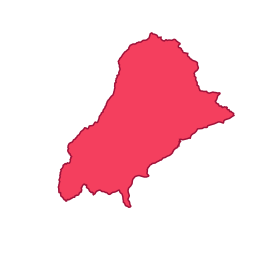 the district of Chiang Klang, Nan, Thailand, rotated 140°
{"feature_id": "78962969B24859706501425", "entity_name": "Chiang Klang", "entity_type": "district", "adm_level": 2, "iso_a3": "THA", "parent_name": "Thailand", "parent_adm1": "Nan", "projection": "albers", "projection_center": [100.906, 19.299], "detail": "fine", "context": "isolated", "style": "filled", "palette": "rose", "viewbox_px": 256, "rotation_deg": 140, "n_neighbors": 0, "source": "geoboundaries", "source_scale": "gbopen_adm2", "svg_char_len": 5745}
<svg xmlns="http://www.w3.org/2000/svg" viewBox="0 0 256 256"><g transform="rotate(140 128 128)"><path d="M197.4,99.1L195.4,98.9L194.2,99.5L192.1,99.6L190.0,98.9L189.2,98.1L188.8,96.1L187.2,94.6L186.7,93.1L185.8,92.2L185.5,89.9L185.0,89.2L184.3,88.8L181.2,88.6L179.2,87.4L177.3,86.8L175.4,86.5L174.7,86.1L174.7,85.5L175.2,84.7L175.4,83.6L175.4,83.0L175.1,81.9L175.1,81.1L176.1,78.7L177.6,76.6L178.1,75.5L179.2,74.2L179.0,72.7L179.7,70.4L179.6,69.7L178.7,68.2L178.4,66.9L178.1,66.6L177.1,66.1L176.2,66.2L176.0,66.5L175.7,68.2L174.6,70.0L174.3,70.8L174.2,72.6L173.8,73.5L170.9,75.0L170.4,75.5L169.1,78.7L168.0,80.3L166.1,81.6L163.2,81.9L160.8,82.7L158.5,84.8L157.3,85.6L154.1,86.2L153.1,86.0L151.2,85.2L150.0,84.4L147.1,80.1L145.5,78.7L143.4,77.9L142.9,78.0L142.7,78.3L142.8,80.7L142.3,81.3L140.7,82.7L140.1,83.8L139.2,84.1L138.6,84.7L137.7,84.7L137.0,85.0L136.2,85.0L135.1,85.5L133.1,85.1L132.3,85.3L129.7,83.7L127.7,83.5L125.5,82.9L124.3,82.8L123.0,82.1L120.4,82.5L118.4,81.5L116.1,81.2L114.0,80.4L112.4,80.2L109.8,80.4L109.4,80.9L108.7,81.0L108.5,81.3L107.9,81.3L107.3,81.7L106.7,81.7L106.4,81.9L105.8,81.7L104.6,82.0L103.6,81.4L103.0,81.4L101.8,82.0L101.7,81.7L101.4,81.9L101.0,82.1L100.6,81.8L100.6,82.2L99.8,82.3L99.5,82.6L99.6,82.9L98.9,83.0L98.1,83.8L97.8,83.6L97.5,83.9L97.0,83.8L96.3,84.0L96.4,84.5L97.0,84.9L95.8,85.4L95.7,86.0L94.7,85.3L93.9,84.1L93.3,83.6L89.5,81.7L88.0,81.2L87.8,80.9L87.3,80.9L86.8,80.2L85.3,81.3L84.2,81.7L84.0,81.9L81.6,81.8L80.2,81.4L77.6,81.7L75.6,82.5L75.1,82.5L71.4,79.9L69.5,79.6L67.3,77.8L66.8,77.7L65.5,78.4L65.0,78.3L59.0,75.7L54.8,74.5L53.8,73.6L53.1,72.7L51.9,70.6L51.4,70.7L50.0,71.8L49.1,72.0L47.6,71.6L44.0,70.1L40.3,69.8L38.8,69.5L38.6,70.6L37.8,71.1L37.7,71.4L38.3,73.1L38.5,74.6L39.2,74.9L39.4,75.2L39.3,75.8L39.0,76.2L38.9,77.2L39.6,77.5L39.8,78.2L39.8,79.4L38.9,79.9L39.0,80.7L39.7,81.1L40.6,82.3L41.5,82.5L42.5,83.0L42.3,83.6L42.7,84.0L42.4,84.5L42.4,84.9L43.7,85.9L44.0,86.5L43.3,88.2L43.8,88.5L43.9,89.3L44.4,90.3L44.0,91.1L44.1,92.0L43.8,92.4L42.5,92.6L41.2,93.2L38.5,95.1L35.8,95.1L35.2,95.5L35.2,95.8L35.5,96.3L37.0,97.2L37.3,97.9L38.5,99.3L39.3,100.0L39.8,100.9L43.5,102.5L44.5,104.3L44.2,105.4L44.3,105.6L46.6,107.4L47.1,108.3L47.9,109.0L48.6,110.0L48.9,110.7L48.3,111.4L48.3,112.4L47.1,114.4L47.1,115.2L47.6,116.4L46.9,117.0L46.5,117.6L45.7,118.5L45.6,119.8L45.1,121.6L43.5,123.1L43.8,125.0L43.3,125.4L42.5,126.4L42.3,127.4L40.2,128.0L39.7,128.1L39.2,127.8L37.5,127.9L35.6,128.7L35.3,129.1L34.2,131.9L33.0,133.2L32.9,133.8L33.2,134.6L33.3,135.4L35.2,138.6L35.2,139.9L35.6,140.4L35.8,140.9L35.6,143.0L36.0,144.1L36.0,144.9L34.8,146.4L34.3,146.7L36.9,149.9L37.1,150.7L37.0,151.4L36.5,152.3L36.8,153.6L36.3,154.2L36.2,154.7L36.4,155.7L37.4,157.1L37.3,157.7L36.7,158.5L35.4,159.1L34.8,158.8L34.2,158.9L33.8,159.4L34.5,161.5L34.6,162.5L35.0,163.3L34.9,164.6L35.0,165.3L35.5,166.1L35.9,166.4L38.0,166.9L40.1,169.1L41.6,169.8L41.8,170.1L41.9,170.8L42.2,171.2L44.2,171.3L45.0,172.3L45.4,173.5L45.5,174.9L45.1,175.6L44.3,176.3L45.2,177.0L46.4,177.5L46.7,177.9L46.3,180.0L46.3,180.7L47.4,182.8L48.5,184.0L48.6,185.4L48.7,185.6L49.6,185.8L50.3,185.9L53.8,183.5L56.7,183.4L58.3,184.0L60.0,185.4L63.0,185.6L63.6,185.9L64.4,186.9L65.6,187.1L66.4,187.6L67.8,187.5L69.0,188.1L70.1,189.1L73.2,189.9L75.7,189.0L76.7,188.0L78.3,188.2L80.0,188.0L81.6,188.3L84.9,187.6L87.4,186.7L89.6,186.5L90.6,185.9L92.6,185.3L92.8,185.0L93.0,184.1L93.8,183.3L93.8,182.0L95.2,180.6L96.0,178.6L96.4,178.0L99.3,176.5L99.7,176.1L100.1,175.3L100.7,174.8L101.0,174.7L101.8,175.1L102.7,175.3L102.9,175.0L102.9,174.3L103.7,174.0L104.0,173.5L105.3,173.5L106.0,172.6L107.1,172.1L107.8,170.6L108.3,170.6L108.9,170.9L109.6,170.5L110.6,169.2L111.3,168.7L112.2,167.1L112.9,166.8L114.9,165.1L115.7,164.7L116.5,164.0L118.3,163.0L120.4,163.0L123.2,162.4L124.2,162.0L125.2,162.1L125.7,161.8L126.7,161.7L127.5,161.1L128.9,160.5L130.4,159.2L131.5,159.2L132.3,158.7L132.5,158.3L135.1,157.8L136.4,157.0L136.6,156.4L138.8,156.6L139.8,155.8L142.5,155.3L144.1,153.9L147.4,152.0L147.9,152.0L148.3,152.1L149.2,153.5L149.6,153.6L152.7,152.6L153.4,152.6L156.3,154.4L158.7,153.3L159.2,153.2L159.9,153.8L160.2,155.1L161.1,156.0L163.2,155.4L166.6,155.5L169.6,154.3L171.0,154.5L172.1,154.4L173.4,153.8L174.6,153.9L175.2,153.5L177.4,153.9L178.4,153.4L180.0,153.1L181.6,153.7L182.1,153.7L182.7,153.9L183.6,153.7L185.4,152.8L186.0,152.1L186.6,151.6L186.8,150.4L188.3,149.8L189.0,148.7L189.2,148.2L189.1,147.1L189.6,146.1L189.0,145.1L189.7,144.1L189.6,142.3L190.3,142.1L190.8,142.1L191.5,141.3L192.5,141.1L192.9,140.3L193.7,139.5L194.9,138.9L195.8,138.9L196.0,139.2L196.5,139.6L196.7,140.1L197.5,140.0L197.9,140.3L198.6,140.2L198.8,140.9L199.1,141.1L200.6,141.0L201.2,141.2L201.7,141.1L202.3,140.5L202.6,140.1L204.1,139.5L206.3,139.3L206.5,138.4L207.5,137.7L208.5,137.4L209.1,136.4L209.6,136.3L209.7,135.8L210.4,135.6L210.9,135.2L211.4,134.0L212.2,133.7L213.4,132.9L214.2,132.6L214.8,130.7L215.7,130.3L216.1,129.8L217.6,128.8L218.3,128.0L219.3,127.6L219.9,126.2L222.2,123.2L222.2,122.6L221.4,122.1L221.3,121.6L222.6,120.0L223.1,119.0L222.8,118.0L222.8,117.2L222.6,116.8L222.8,116.3L222.7,115.7L223.0,114.9L222.8,114.3L222.9,113.9L222.4,113.4L222.6,112.1L222.1,111.6L221.6,111.6L220.9,112.1L220.1,112.0L219.9,111.9L219.7,111.2L218.4,110.7L217.0,110.8L216.6,110.3L214.8,110.3L213.4,109.3L212.6,109.9L211.8,110.0L211.4,109.6L210.6,109.6L210.0,109.0L209.5,108.7L208.6,108.6L206.9,109.5L206.5,109.3L205.8,109.5L205.1,109.1L204.7,109.1L204.5,109.7L203.7,109.9L203.0,110.7L202.4,112.1L201.3,112.3L200.4,112.9L198.3,113.4L197.3,112.8L197.4,111.7L196.7,111.3L196.4,110.9L198.0,109.0L197.3,106.8L198.0,104.3L197.7,103.4L197.7,102.4L197.5,102.1L196.8,101.9L196.4,101.0L196.6,100.5L197.2,100.0L197.4,99.1Z" fill="#f43f5e" stroke="#9f1239" stroke-width="1.5"/></g></svg>